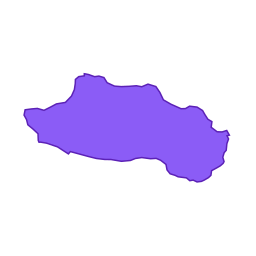 Monagri, Limassol, Cyprus, rotated 114°
{"feature_id": "46923920B77893403419500", "entity_name": "Monagri", "entity_type": "district", "adm_level": 2, "iso_a3": "CYP", "parent_name": "Cyprus", "parent_adm1": "Limassol", "projection": "robinson", "projection_center": [32.913, 34.791], "detail": "fine", "context": "isolated", "style": "filled", "palette": "violet", "viewbox_px": 256, "rotation_deg": 114, "n_neighbors": 0, "source": "geoboundaries", "source_scale": "gbopen_adm2", "svg_char_len": 1221}
<svg xmlns="http://www.w3.org/2000/svg" viewBox="0 0 256 256"><g transform="rotate(114 128 128)"><path d="M93.3,32.5L90.1,36.8L93.3,40.4L95.2,45.0L93.5,52.3L88.1,53.9L87.5,58.6L84.5,63.2L81.7,67.0L80.8,73.4L83.0,80.6L86.9,83.4L88.8,87.4L88.8,98.5L87.9,107.1L82.6,113.3L78.8,119.4L79.8,127.6L84.7,132.2L86.0,137.5L89.4,143.8L92.9,150.9L95.2,157.3L95.2,160.8L95.1,165.5L91.7,170.5L92.4,175.7L94.7,179.4L95.2,185.8L95.9,188.9L96.2,190.0L98.1,189.1L101.1,193.9L101.9,194.3L105.0,195.8L109.0,194.2L114.8,192.6L121.8,192.6L130.1,195.6L135.1,203.2L139.9,206.9L146.0,211.9L147.0,218.8L150.0,224.2L153.2,229.4L158.5,228.2L161.6,224.1L165.8,220.8L167.5,214.7L169.8,207.9L175.9,204.9L177.2,203.5L176.5,202.2L175.0,196.4L173.9,184.8L175.9,171.9L173.0,171.1L170.1,152.4L168.7,144.5L166.2,136.5L163.7,130.7L161.1,120.5L156.7,112.6L152.8,108.8L149.4,103.4L146.9,94.9L144.3,89.9L144.2,85.1L145.8,78.5L150.4,75.3L152.7,70.9L152.1,65.7L152.2,62.4L149.8,54.3L151.0,50.1L149.1,47.3L149.2,43.0L146.9,39.2L144.6,37.2L140.6,34.3L137.5,33.0L133.0,34.3L128.3,30.7L125.0,28.3L121.6,26.7L119.6,26.6L116.2,29.5L111.5,30.1L110.4,29.8L108.4,29.2L102.1,31.3L97.1,31.7L94.8,34.4L93.3,32.5Z" fill="#8b5cf6" stroke="#5b21b6" stroke-width="1.5"/></g></svg>